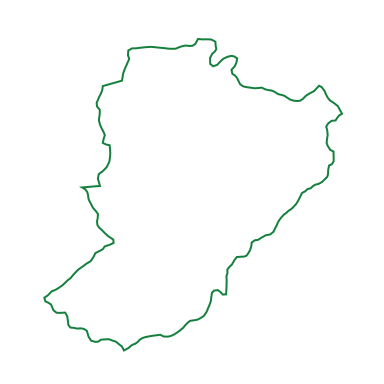 outline of Ribeirão Preto, São Paulo, Brazil, rotated 355°
{"feature_id": "56859067B67302806086523", "entity_name": "Ribeirão Preto", "entity_type": "district", "adm_level": 2, "iso_a3": "BRA", "parent_name": "Brazil", "parent_adm1": "São Paulo", "projection": "mercator", "projection_center": [-47.819, -21.215], "detail": "fine", "context": "isolated", "style": "outline", "palette": "green", "viewbox_px": 384, "rotation_deg": 355, "n_neighbors": 0, "source": "geoboundaries", "source_scale": "gbopen_adm2", "svg_char_len": 3509}
<svg xmlns="http://www.w3.org/2000/svg" viewBox="0 0 384 384"><g transform="rotate(355 192 192)"><path d="M282.9,99.3L279.9,97.8L277.2,97.2L273.9,96.1L270.6,94.1L266.8,94.2L263.4,94.1L260.9,93.5L258.2,92.9L255.4,92.3L251.9,91.1L249.2,88.6L248.1,85.7L246.7,82.1L245.1,79.8L242.5,77.8L242.0,73.7L245.3,70.7L247.4,67.3L248.7,62.9L245.8,60.6L243.1,59.8L239.1,60.4L234.8,62.0L231.8,64.3L228.2,67.5L224.0,68.6L221.3,66.0L221.7,60.0L224.2,56.1L227.0,54.0L228.7,51.8L228.3,48.4L228.4,44.3L224.4,41.7L220.4,41.2L216.0,40.9L211.3,40.1L208.2,44.8L205.2,46.4L202.2,46.3L197.9,45.5L193.9,46.1L191.0,46.9L188.3,47.8L185.6,47.7L181.4,47.2L176.1,46.1L172.2,45.4L168.1,44.6L163.4,43.8L158.2,43.7L152.6,43.8L148.8,44.0L144.9,43.7L140.9,45.4L140.1,50.3L141.1,53.9L139.1,57.5L137.1,61.2L135.1,64.9L133.5,68.7L132.8,71.8L131.9,75.0L112.4,78.7L111.4,82.9L109.8,86.1L107.8,89.2L106.5,91.8L104.8,94.7L104.8,98.4L107.3,102.1L106.8,106.7L105.5,112.2L106.1,116.4L107.4,120.4L109.1,124.4L110.1,127.8L108.6,131.5L107.4,135.3L110.5,137.2L114.0,138.2L114.1,141.9L114.0,145.9L113.5,149.6L112.2,154.9L109.1,159.9L105.0,163.4L100.7,166.0L99.4,170.6L100.1,173.9L100.8,178.0L94.9,177.9L82.9,177.9L86.0,180.1L87.6,182.8L88.2,185.9L88.3,189.8L89.3,192.8L90.5,195.5L91.9,199.0L94.4,202.4L96.4,205.8L95.8,209.6L94.8,213.1L94.9,216.6L96.2,219.1L98.9,222.1L101.8,225.6L104.3,228.4L109.4,232.5L109.5,235.9L105.8,237.3L100.3,238.6L98.2,241.2L95.2,242.5L90.5,244.4L87.8,248.7L85.0,252.1L80.8,254.1L76.7,256.6L71.8,259.5L69.1,261.8L66.8,263.9L63.5,267.2L60.2,269.3L57.9,271.2L55.0,273.5L50.9,275.9L47.4,277.6L43.6,278.7L41.5,280.6L39.1,282.6L35.7,284.4L36.4,288.2L39.4,289.9L41.8,291.8L42.7,294.6L43.7,297.8L46.6,300.5L49.8,300.9L55.2,301.1L56.9,305.1L57.2,310.3L57.2,313.6L59.0,316.4L62.2,317.0L65.5,318.0L69.8,318.2L72.4,319.0L75.1,321.1L76.4,327.2L78.5,331.3L82.7,332.9L85.5,332.9L88.4,331.2L91.6,331.2L96.4,331.4L99.9,333.1L103.2,334.5L106.0,337.3L108.7,339.8L110.4,343.9L114.9,342.0L119.1,339.1L122.2,338.2L124.8,336.7L126.9,334.7L129.9,333.2L132.9,332.5L137.2,332.0L141.8,331.7L144.8,331.6L147.8,331.4L151.3,333.5L155.6,334.0L158.9,333.4L161.9,332.3L165.1,330.6L167.6,329.1L171.3,326.6L173.9,323.9L176.0,322.1L178.8,320.2L182.7,320.0L186.5,319.6L189.3,318.4L192.9,316.6L196.2,312.5L198.2,308.6L199.8,305.6L201.2,302.5L202.1,298.3L203.1,294.1L205.4,292.1L209.2,292.0L211.4,293.9L213.8,296.9L217.0,296.9L217.7,292.6L218.3,287.8L218.8,283.3L219.0,278.7L220.3,275.8L220.4,272.4L223.0,269.6L225.4,267.8L228.3,263.6L231.0,260.7L234.5,260.7L237.9,260.9L240.6,260.3L242.5,258.2L244.8,254.9L246.3,251.3L247.1,247.5L250.6,245.5L253.4,245.5L257.8,243.3L261.7,241.5L266.3,241.1L269.7,238.7L271.8,235.2L273.5,232.6L274.9,229.8L277.0,227.0L279.2,224.7L281.9,222.3L284.4,220.9L286.5,219.1L289.6,217.5L291.9,215.6L294.7,213.0L297.0,209.9L299.2,206.4L301.6,202.5L304.8,201.2L307.4,199.1L310.7,198.6L312.9,196.7L315.4,195.5L318.9,194.9L322.5,193.3L325.3,191.0L328.1,188.7L329.1,185.9L329.6,181.8L330.8,177.6L333.9,176.4L335.7,173.9L336.1,170.6L336.3,167.0L336.5,164.0L333.4,162.1L331.2,157.9L330.4,154.9L331.0,151.6L332.1,147.1L332.1,142.4L331.4,138.5L333.7,135.5L337.2,133.3L341.3,133.2L343.1,130.8L345.2,128.6L348.3,127.2L346.4,122.9L344.8,119.2L341.6,116.1L337.3,112.7L335.3,109.6L334.0,106.5L332.9,103.0L330.4,98.9L327.9,97.2L325.6,99.2L322.6,102.0L318.9,103.6L315.6,105.1L313.3,106.5L310.6,108.9L307.6,110.5L304.8,110.5L300.9,109.8L297.7,108.4L294.9,106.2L292.4,104.2L289.4,103.0L286.3,102.0L282.9,99.3Z" fill="none" stroke="#15803d" stroke-width="2"/></g></svg>